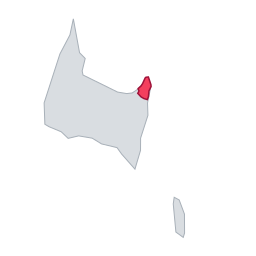 Trinidad and Tobago, with Diego Martin highlighted, rotated 110°
{"feature_id": "TTO-51", "entity_name": "Diego Martin", "entity_type": "Region", "adm_level": 1, "iso_a3": "TTO", "parent_name": "Trinidad and Tobago", "parent_adm1": "", "projection": "natural_earth1", "projection_center": [-61.564, 10.711], "detail": "fine", "context": "in_parent", "style": "filled", "palette": "rose", "viewbox_px": 256, "rotation_deg": 110, "n_neighbors": 0, "source": "natural_earth", "source_scale": "10m", "svg_char_len": 887}
<svg xmlns="http://www.w3.org/2000/svg" viewBox="0 0 256 256"><g transform="rotate(110 128 128)"><path d="M152.9,207.4L133.1,215.4L81.7,217.3L60.4,214.4L44.1,216.7L73.8,199.3L77.3,192.0L90.0,190.6L93.6,188.4L97.8,150.1L96.1,141.0L93.6,136.0L88.5,132.3L77.0,127.4L75.1,124.7L82.3,120.5L97.8,118.2L109.3,113.6L133.2,112.7L144.7,108.6L164.3,107.4L154.7,125.0L150.2,131.6L152.0,147.4L149.8,158.2L152.3,171.7L158.2,180.7L154.4,189.4L153.8,202.7L152.9,207.4ZM183.9,59.5L177.3,60.9L178.1,55.3L189.6,45.5L207.4,38.9L211.9,38.7L209.4,47.4L183.9,59.5Z" fill="#d9dde1" stroke="#a8b0b8" stroke-width="1"/><path d="M87.5,132.0L84.0,130.1L81.4,129.5L75.2,129.0L74.5,128.8L73.9,128.0L73.1,126.3L79.4,121.3L81.1,120.5L86.0,121.0L91.6,119.5L94.7,119.6L94.7,120.1L94.9,123.1L94.3,126.4L92.1,130.7L90.3,130.4L89.3,130.5L88.0,131.7L87.5,132.0Z" fill="#f43f5e" stroke="#9f1239" stroke-width="1.5"/></g></svg>